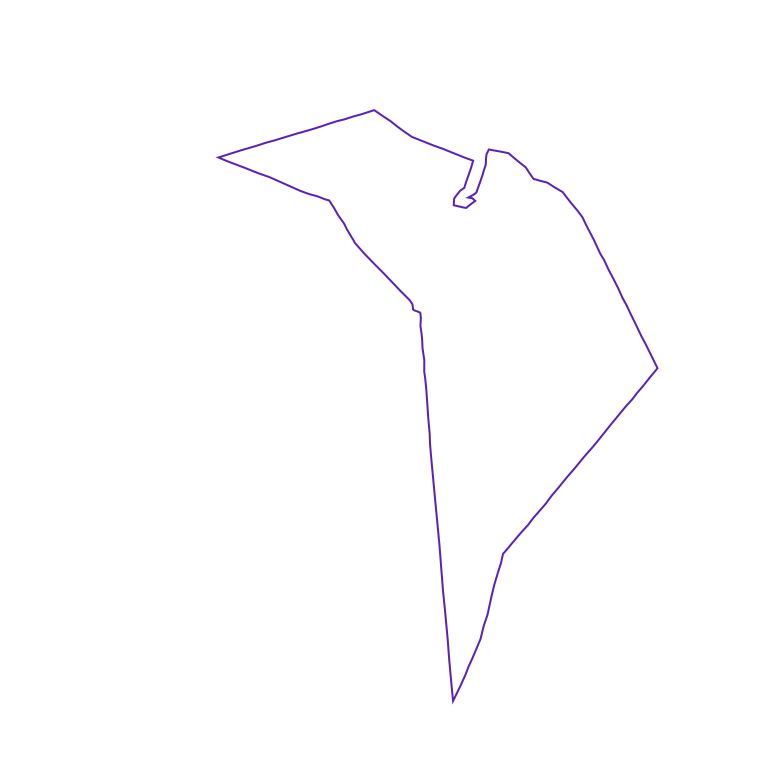 the district of Al-Kaim, Al-Anbar, Iraq, rotated 294°
{"feature_id": "34846034B30812362008382", "entity_name": "Al-Kaim", "entity_type": "district", "adm_level": 2, "iso_a3": "IRQ", "parent_name": "Iraq", "parent_adm1": "Al-Anbar", "projection": "albers", "projection_center": [41.099, 34.433], "detail": "fine", "context": "isolated", "style": "outline", "palette": "violet", "viewbox_px": 768, "rotation_deg": 294, "n_neighbors": 0, "source": "geoboundaries", "source_scale": "gbopen_adm2", "svg_char_len": 2362}
<svg xmlns="http://www.w3.org/2000/svg" viewBox="0 0 768 768"><g transform="rotate(294 384 384)"><path d="M509.7,627.4L510.3,626.7L517.4,618.2L522.3,612.3L527.2,606.4L532.1,600.0L542.2,588.2L548.5,580.6L554.4,573.8L559.8,566.7L566.8,558.9L574.1,549.9L579.5,543.0L586.9,534.5L590.6,529.1L596.1,522.7L601.1,517.0L605.8,511.1L611.3,504.2L617.1,497.4L621.2,490.0L625.0,482.2L628.7,475.1L632.0,469.2L633.1,459.3L634.4,451.3L633.2,444.4L632.2,437.1L636.1,430.7L639.6,425.3L640.9,420.1L643.0,412.3L645.5,403.8L643.9,396.7L642.3,390.3L640.9,384.4L637.8,384.3L635.5,384.2L631.8,385.4L625.6,387.8L620.1,388.3L614.3,389.1L605.7,389.8L596.4,390.5L593.5,388.9L588.6,385.1L589.6,389.2L588.4,392.9L583.5,390.1L578.3,387.5L577.5,384.5L575.7,375.0L581.9,372.7L585.6,373.4L591.7,375.0L595.9,377.6L599.4,377.1L608.8,376.3L617.1,375.6L624.3,374.6L623.7,366.6L623.3,356.9L622.8,342.8L622.0,331.7L621.6,322.0L621.1,309.0L622.6,301.0L624.5,291.8L626.8,283.0L628.5,272.7L630.2,263.7L625.4,258.3L620.9,253.3L616.2,247.5L609.8,240.4L605.3,234.5L599.9,228.4L594.4,222.5L589.2,216.7L583.0,209.4L577.3,202.5L569.6,193.6L562.6,185.6L556.8,178.5L549.2,170.0L540.5,159.7L531.8,149.8L524.6,141.8L523.6,140.6L523.8,151.0L524.8,167.9L525.4,183.5L526.4,194.9L526.4,205.9L526.4,215.3L526.4,222.3L526.4,229.0L526.8,234.9L527.1,238.8L528.4,247.0L528.7,254.8L529.4,259.2L524.9,266.2L519.4,273.7L514.3,282.3L510.4,287.0L505.6,293.7L502.4,298.4L501.1,299.9L495.3,312.5L490.1,325.4L485.3,337.9L480.1,350.5L475.9,360.7L471.1,373.2L468.5,377.5L465.9,379.1L464.0,380.2L463.6,381.8L463.9,385.3L463.9,388.1L459.4,390.8L452.0,393.6L445.8,397.5L439.7,401.0L432.6,404.5L422.2,411.1L411.5,415.8L406.0,419.3L395.6,425.2L370.7,438.4L356.7,446.2L348.0,450.4L334.6,457.8L294.6,480.3L259.2,500.3L257.5,501.2L220.4,521.3L198.8,533.6L176.9,545.9L158.3,555.9L139.0,566.7L122.5,576.0L124.9,576.1L138.7,576.6L151.0,576.7L160.1,576.2L169.3,576.3L181.0,576.1L190.2,575.9L203.5,573.5L215.5,572.4L230.2,569.3L239.3,567.5L246.4,566.3L257.9,564.8L258.7,564.7L268.1,563.7L277.2,561.8L282.2,563.4L290.5,565.7L303.8,569.6L313.4,572.8L322.8,575.0L332.0,577.9L340.6,580.5L350.7,582.7L360.4,585.6L372.4,588.8L384.9,592.6L398.8,596.4L412.3,600.6L424.9,604.0L439.5,607.8L451.0,611.0L462.5,614.2L470.9,617.0L479.0,618.9L487.1,621.4L497.0,623.9L508.3,627.1L508.9,627.2L509.7,627.4Z" fill="none" stroke="#5b21b6" stroke-width="2"/></g></svg>